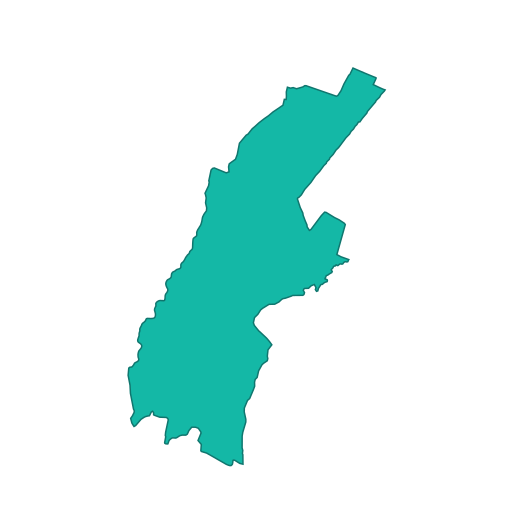 La Democracia, Escuintla, Guatemala (Albers equal-area conic projection), rotated 197°
{"feature_id": "79465075B56611035242385", "entity_name": "La Democracia", "entity_type": "district", "adm_level": 2, "iso_a3": "GTM", "parent_name": "Guatemala", "parent_adm1": "Escuintla", "projection": "albers", "projection_center": [-90.943, 14.121], "detail": "fine", "context": "isolated", "style": "filled", "palette": "teal", "viewbox_px": 512, "rotation_deg": 197, "n_neighbors": 0, "source": "geoboundaries", "source_scale": "gbopen_adm2", "svg_char_len": 5789}
<svg xmlns="http://www.w3.org/2000/svg" viewBox="0 0 512 512"><g transform="rotate(197 256 256)"><path d="M322.8,57.3L321.5,58.7L318.2,66.2L315.8,69.1L314.7,70.1L313.6,70.8L312.6,71.4L311.2,72.1L310.5,76.3L309.5,77.3L308.1,76.2L307.5,74.2L306.8,74.0L301.0,73.7L294.5,75.4L292.9,74.8L292.0,73.7L290.9,61.1L290.3,57.9L289.5,56.8L288.8,50.8L288.4,50.2L287.6,50.0L286.4,50.2L285.4,50.5L285.3,51.4L285.2,54.1L284.7,55.2L283.8,56.5L283.2,57.2L282.6,57.7L280.1,58.3L279.4,58.5L278.5,59.3L277.4,60.6L276.3,61.9L274.1,63.2L270.7,64.2L269.6,65.6L269.1,69.5L267.4,73.5L263.7,74.6L260.8,74.4L257.4,71.7L256.8,70.6L257.5,62.6L253.2,59.8L251.8,53.6L251.0,53.1L245.6,53.1L225.7,48.6L223.6,48.1L221.4,47.9L219.8,47.9L218.6,48.3L218.2,48.8L217.7,49.9L217.8,51.5L218.1,52.9L218.2,53.9L217.5,54.4L216.4,54.4L210.9,52.9L207.6,53.1L210.5,62.2L211.2,63.0L211.8,66.2L213.2,68.5L216.6,79.8L217.1,83.7L217.2,94.2L218.0,96.9L221.7,103.5L222.7,107.2L221.9,115.4L220.4,117.8L219.4,127.5L219.2,131.1L220.5,134.9L220.7,137.7L219.4,140.2L219.9,147.0L218.5,153.7L217.4,155.6L214.6,159.1L214.7,161.3L215.9,163.5L217.1,169.8L214.9,175.7L218.2,178.2L221.0,180.0L222.0,180.6L223.2,181.2L224.0,181.6L230.3,184.7L231.5,185.2L237.3,189.1L239.0,191.4L239.4,196.7L237.2,200.7L235.8,205.8L234.4,207.9L229.4,213.6L224.0,215.4L220.5,218.9L219.8,220.2L218.8,221.9L217.9,223.0L215.5,224.3L210.7,227.8L209.4,229.0L199.7,232.1L198.9,233.2L198.9,235.2L200.7,236.9L200.6,238.4L200.0,239.2L196.3,240.5L194.5,243.7L191.9,245.8L189.4,243.3L189.4,241.2L187.8,239.9L186.7,240.7L186.8,243.3L186.0,246.1L185.8,247.2L185.2,247.9L184.4,248.2L183.9,248.8L183.5,249.6L182.7,250.6L182.0,251.3L181.3,251.7L180.5,252.3L180.5,253.3L181.0,254.1L182.0,254.3L183.0,254.1L183.5,254.8L183.2,255.8L183.1,257.0L183.0,257.8L181.7,258.8L181.3,259.4L180.5,260.4L179.6,261.4L178.7,262.3L178.6,263.6L179.5,264.2L180.0,264.8L179.7,265.8L179.2,266.6L178.9,267.8L178.8,268.6L178.3,269.2L177.4,269.5L177.1,270.5L176.4,271.0L175.7,270.6L174.9,270.8L174.5,271.4L173.9,272.3L173.2,273.0L172.4,273.3L171.5,273.3L170.7,273.8L170.4,274.8L170.0,275.7L169.3,276.5L168.7,276.7L167.7,276.8L166.6,277.3L166.4,278.2L166.4,278.9L166.2,279.7L174.5,280.1L179.1,281.0L179.8,312.1L181.0,313.1L187.1,314.9L192.1,315.7L201.7,318.2L203.2,318.0L205.3,313.8L211.2,297.4L212.4,296.1L215.6,298.8L216.4,300.7L219.3,304.1L222.8,308.7L223.8,310.8L227.9,315.3L233.1,322.7L233.1,323.7L232.1,324.7L230.5,327.7L228.9,333.9L225.0,342.4L222.5,350.3L219.9,355.5L217.5,362.4L215.9,365.2L215.9,366.7L214.1,370.0L214.1,371.4L211.9,375.8L210.5,380.6L208.7,383.9L204.5,395.5L202.2,399.9L201.5,403.0L199.9,405.9L199.1,409.1L198.0,411.0L197.2,414.1L195.9,414.6L194.5,418.8L191.8,425.0L191.7,426.8L186.7,438.4L186.6,439.8L184.3,443.9L183.7,446.9L181.5,451.2L181.1,452.6L183.5,452.7L187.5,453.2L194.0,454.2L193.1,460.8L193.3,461.5L205.7,462.7L213.9,463.6L218.2,464.1L219.3,457.2L220.1,456.0L222.2,446.2L223.0,439.0L224.6,433.5L225.8,432.3L257.9,433.5L259.2,433.1L260.6,431.4L266.1,427.8L269.7,427.9L272.1,426.6L275.3,426.6L275.0,421.8L273.6,417.6L272.9,414.5L274.7,414.1L274.3,408.1L278.7,402.6L281.8,398.8L285.1,393.7L288.2,389.8L291.1,385.7L292.2,384.1L294.9,379.5L296.8,376.6L299.3,370.2L300.7,368.7L302.9,363.6L304.8,359.0L303.6,347.6L303.9,342.5L306.9,338.6L308.5,336.4L308.5,335.4L308.3,333.2L306.4,328.6L308.8,326.8L321.6,328.0L323.1,327.1L324.1,325.1L323.1,314.0L322.4,313.2L321.9,309.3L323.1,301.1L322.3,300.0L320.6,297.0L319.8,292.1L317.2,287.6L316.6,284.6L317.5,282.2L317.9,280.9L318.1,279.9L318.2,279.1L318.4,278.2L318.4,276.8L318.2,275.3L318.0,273.8L317.9,272.5L317.9,271.3L317.9,270.0L318.1,268.7L318.5,267.5L318.8,266.1L319.1,265.1L319.4,264.0L319.5,263.1L319.6,262.2L319.6,261.2L319.3,260.3L318.9,259.1L318.7,258.1L319.0,257.4L319.5,256.7L319.9,256.2L320.4,255.5L320.9,254.8L321.1,254.0L320.9,252.7L320.2,249.6L319.1,245.5L319.0,244.4L319.1,243.5L319.6,242.8L320.1,242.0L320.6,240.9L320.6,239.6L320.8,238.5L321.2,237.9L321.6,237.3L321.9,236.7L322.2,235.7L322.7,234.4L322.9,233.5L323.1,232.2L323.4,230.8L323.6,230.1L324.2,228.7L325.0,227.5L325.2,226.8L325.3,225.7L324.9,224.3L324.6,223.4L324.8,222.2L325.5,221.4L326.2,221.0L327.1,220.4L327.9,219.8L328.3,219.3L328.9,218.2L329.8,217.3L330.6,216.6L331.0,216.1L331.3,215.3L331.5,214.4L331.4,213.5L331.2,212.4L331.0,211.6L331.1,210.4L331.5,209.7L332.1,208.9L332.9,208.1L333.5,207.5L333.9,206.8L334.1,206.0L334.3,205.0L334.3,204.1L334.2,203.3L333.9,202.5L333.3,201.4L332.6,200.5L331.6,199.4L330.8,198.7L330.3,197.5L330.3,196.4L330.6,194.7L331.0,193.9L331.2,193.1L331.3,192.1L331.2,191.3L331.0,190.5L330.6,189.0L330.5,187.8L330.5,186.8L331.3,186.2L332.0,186.1L333.0,185.8L334.4,185.5L335.5,185.0L336.1,184.5L337.0,183.6L337.7,182.4L337.9,181.1L337.5,180.2L337.2,179.1L337.1,178.5L337.3,177.8L337.5,176.0L337.3,174.8L337.0,174.1L336.3,173.2L335.9,172.4L335.5,171.8L335.2,171.1L335.0,170.5L334.8,169.7L334.7,169.0L334.7,168.2L335.1,167.2L335.8,166.5L336.6,166.1L337.3,165.8L338.4,165.4L340.0,165.0L341.8,164.5L342.5,163.9L342.6,163.2L342.9,161.4L343.4,160.6L343.8,159.8L344.4,159.1L344.8,158.4L345.2,157.4L345.2,156.2L345.4,154.9L345.6,154.1L345.8,152.8L345.6,151.5L345.2,150.6L345.2,148.3L345.0,147.1L344.6,146.1L344.5,144.7L344.6,143.2L344.6,142.4L344.6,141.3L344.4,140.5L343.8,139.5L343.2,139.2L342.5,138.9L341.8,138.7L340.6,138.3L339.8,137.7L339.2,137.1L338.9,136.5L338.8,135.7L338.9,134.2L339.5,132.8L340.0,131.5L340.3,130.8L340.3,130.1L340.3,129.3L340.2,128.4L340.1,127.5L339.6,126.0L339.3,125.2L339.0,124.6L338.2,123.5L337.8,122.5L337.9,121.5L338.3,120.8L339.0,119.9L340.4,118.6L340.9,117.8L341.0,117.0L341.2,116.1L341.8,114.5L342.4,113.5L344.2,112.7L344.9,111.6L343.4,104.5L338.7,95.6L335.9,87.9L328.4,73.8L327.2,72.5L326.8,70.9L327.5,66.7L328.4,64.1L325.9,60.0L323.8,58.1L322.8,57.3Z" fill="#14b8a6" stroke="#0f766e" stroke-width="1.5"/></g></svg>